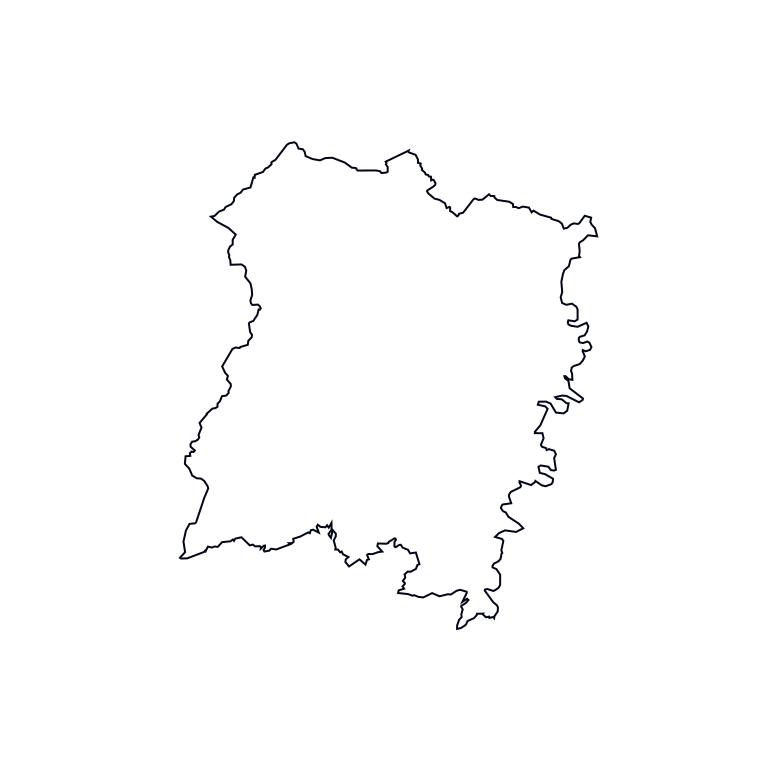 Ahuatlán, Puebla, Mexico, rotated 337°
{"feature_id": "50627088B15804587261784", "entity_name": "Ahuatlán", "entity_type": "district", "adm_level": 2, "iso_a3": "MEX", "parent_name": "Mexico", "parent_adm1": "Puebla", "projection": "albers", "projection_center": [-98.289, 18.572], "detail": "fine", "context": "isolated", "style": "outline", "palette": "ink", "viewbox_px": 768, "rotation_deg": 337, "n_neighbors": 0, "source": "geoboundaries", "source_scale": "gbopen_adm2", "svg_char_len": 6166}
<svg xmlns="http://www.w3.org/2000/svg" viewBox="0 0 768 768"><g transform="rotate(337 384 384)"><path d="M576.7,274.8L574.3,272.4L572.1,271.6L573.0,268.6L570.4,265.1L560.2,258.9L558.6,255.6L559.0,254.1L555.7,252.6L554.8,250.4L546.7,252.8L543.0,251.5L540.1,248.7L538.6,248.9L523.8,257.2L519.4,256.7L518.3,258.0L516.8,258.2L514.0,252.4L512.4,250.7L513.9,247.3L513.6,246.6L510.4,246.5L510.8,241.5L506.9,236.1L502.9,233.1L499.2,225.8L498.9,223.3L499.7,222.7L506.8,221.5L508.8,220.8L509.9,219.2L509.5,215.8L508.6,214.9L507.0,215.0L508.2,211.5L506.4,210.4L506.3,208.9L504.2,207.3L504.3,205.5L502.5,201.6L503.2,200.7L502.8,197.0L503.9,195.4L501.7,193.7L503.0,190.5L502.6,185.4L497.6,180.7L497.0,179.4L497.7,178.8L472.4,180.0L472.6,181.6L471.5,182.6L472.2,185.7L470.3,190.1L468.4,190.2L464.1,188.8L463.5,186.7L460.1,184.3L443.1,177.2L442.4,174.1L439.0,172.4L434.4,164.8L424.8,155.5L418.2,153.1L412.4,153.1L406.1,149.0L400.9,143.6L401.7,139.2L401.0,136.2L397.3,133.9L397.3,128.6L396.0,126.5L390.9,125.4L388.1,125.9L371.6,135.3L367.8,135.7L366.7,136.3L366.3,137.8L361.5,139.4L359.2,139.3L355.4,141.5L346.8,141.0L345.5,143.6L344.5,142.8L337.9,150.9L330.1,149.9L326.8,151.9L322.9,152.1L318.9,154.0L317.3,156.9L313.8,158.9L307.3,159.2L304.8,161.0L299.6,160.8L293.6,163.1L290.1,162.3L293.8,169.6L301.8,179.6L305.9,188.5L301.1,192.1L299.2,196.5L296.0,197.3L293.1,199.8L292.0,201.8L291.9,205.1L290.9,206.4L290.9,209.9L289.4,214.3L299.6,218.3L301.8,221.8L301.5,225.8L298.1,231.0L300.4,239.1L299.3,245.0L297.4,250.6L293.6,255.0L293.1,257.6L293.6,259.8L298.9,261.6L300.0,263.7L300.1,266.2L298.7,267.1L297.7,266.4L294.5,270.8L288.3,274.9L284.5,274.8L283.3,275.4L281.1,283.7L281.7,287.3L280.3,289.4L276.0,291.2L273.9,294.7L266.3,293.8L265.2,294.5L261.8,292.5L258.2,292.5L241.9,304.6L242.1,311.6L243.5,315.6L241.1,318.5L242.9,324.1L242.1,326.4L238.0,329.8L237.6,331.4L234.3,333.0L230.1,331.9L226.2,335.8L223.1,337.1L221.8,339.9L219.5,340.3L216.5,339.6L209.1,342.1L209.1,342.7L199.0,347.8L199.0,352.8L193.4,358.4L193.1,361.0L190.9,362.5L187.6,362.9L184.9,362.1L182.2,363.9L181.5,366.3L183.9,371.3L182.0,372.2L180.5,371.0L178.3,371.8L177.6,374.5L173.1,373.0L169.5,379.7L171.7,385.8L171.7,393.4L174.8,397.6L178.6,399.6L180.6,402.8L181.7,409.1L181.4,411.5L174.2,418.4L156.9,438.0L155.7,438.4L150.3,436.8L144.4,441.5L137.8,450.8L135.2,461.1L128.3,464.2L129.1,465.4L134.8,467.6L152.7,468.3L154.4,467.5L154.5,468.2L158.4,464.9L161.7,467.3L164.7,467.4L167.4,469.0L173.1,466.3L181.2,468.8L184.1,468.1L184.6,469.8L186.7,468.2L192.9,469.4L197.4,480.1L200.5,480.6L202.0,483.2L206.3,484.7L207.0,486.0L206.2,487.4L210.2,485.9L211.3,486.2L210.2,488.5L208.2,489.8L208.5,491.5L213.4,492.6L215.7,491.5L220.1,494.2L235.1,494.9L234.4,493.4L237.5,494.6L239.2,493.9L240.0,491.0L247.0,491.7L256.3,491.0L257.4,492.4L259.6,490.0L261.8,490.4L265.9,495.3L266.2,489.1L268.1,487.7L269.7,490.7L274.1,493.0L276.4,491.8L277.0,494.6L281.4,491.3L278.8,497.6L274.4,500.3L274.2,501.4L275.0,504.9L279.7,498.4L281.2,503.0L280.1,505.4L276.6,508.3L275.6,515.7L274.5,517.3L276.9,518.4L277.9,521.8L279.6,521.7L279.7,524.7L283.7,529.4L280.4,530.4L278.9,532.7L280.5,538.3L292.9,535.8L296.4,543.0L299.6,539.3L301.6,539.5L301.6,534.8L303.0,534.3L307.0,536.1L313.1,536.5L316.9,537.6L314.5,530.7L316.1,528.4L323.6,531.9L325.8,532.1L326.6,531.2L333.3,530.2L334.1,530.7L334.2,532.1L332.0,533.4L330.1,537.7L331.0,538.8L335.0,538.1L336.7,538.6L337.2,541.9L341.3,546.0L341.8,550.1L347.5,551.6L346.2,563.7L344.0,563.7L341.1,566.7L335.0,567.2L332.5,565.9L328.6,567.3L327.9,570.5L324.4,572.7L325.4,575.5L325.0,576.2L322.0,577.6L322.5,580.3L316.9,579.7L315.3,581.9L324.1,586.8L327.5,590.0L329.3,590.2L332.4,593.3L336.7,595.8L346.6,595.3L352.2,601.1L360.7,602.5L363.3,603.9L370.1,602.7L373.7,603.2L378.9,607.5L378.4,608.8L371.1,615.1L376.6,614.2L377.3,615.8L373.7,617.6L368.7,618.3L368.0,619.2L368.4,622.2L365.2,626.2L364.5,628.8L361.0,630.4L356.9,634.9L355.6,638.0L359.6,638.7L365.3,637.6L368.4,634.8L375.3,634.7L378.8,633.1L379.8,631.8L385.5,634.1L384.9,634.5L386.7,638.6L389.9,639.2L389.6,640.5L393.5,641.1L393.9,642.6L395.0,640.9L399.8,637.8L401.6,634.2L401.5,631.9L399.3,627.6L396.0,613.5L396.7,612.7L398.9,613.0L403.8,617.2L404.9,617.3L409.7,616.4L412.3,614.5L416.4,605.0L415.2,598.4L412.3,595.3L412.6,594.1L414.9,592.3L420.1,591.9L423.0,590.5L426.0,586.0L426.9,585.7L427.0,583.0L432.6,575.0L432.0,572.7L426.5,568.2L431.6,566.2L438.2,566.0L447.8,571.8L455.8,571.2L453.6,565.3L446.6,554.8L445.9,549.8L443.8,547.5L443.1,543.8L445.1,541.8L446.2,541.3L454.5,543.5L455.0,536.6L456.0,534.6L458.5,532.9L469.2,532.3L470.5,530.9L470.2,527.6L470.8,526.4L479.9,534.5L484.9,533.2L485.5,532.4L489.6,538.9L492.9,541.3L499.0,541.6L501.0,540.2L502.6,537.3L497.1,530.0L492.7,526.7L493.8,520.6L496.4,520.2L501.5,523.4L503.0,524.4L504.0,528.5L506.7,530.1L508.7,530.2L511.7,518.6L514.8,515.9L514.6,511.9L510.2,508.3L507.9,508.4L508.0,506.2L505.0,503.6L504.6,501.4L509.7,496.3L510.6,491.2L503.7,488.2L504.1,487.0L511.8,483.1L524.9,470.8L523.7,467.6L517.5,463.2L519.6,460.8L526.2,463.5L529.7,467.1L531.1,477.5L537.8,481.2L542.2,480.2L546.4,473.9L544.5,473.0L541.6,467.5L537.3,465.3L536.4,463.0L543.3,464.2L547.3,466.3L556.4,477.1L560.8,476.2L561.5,475.1L553.2,460.5L555.0,453.1L552.9,449.6L553.1,447.3L554.2,447.7L555.9,451.7L559.0,453.8L561.3,447.6L561.2,445.2L563.2,442.3L565.3,441.6L572.0,442.1L576.3,440.0L579.6,437.2L579.7,431.2L580.3,430.5L582.4,432.7L587.0,433.1L589.4,431.0L589.2,426.2L587.7,424.4L583.2,424.1L580.4,422.1L580.2,420.2L581.4,417.7L582.7,417.1L587.7,417.6L591.4,415.0L594.5,411.1L594.4,406.8L584.6,407.0L579.1,403.6L577.0,401.2L577.3,398.9L578.6,397.4L584.0,400.8L587.4,400.3L591.3,391.1L591.3,388.1L588.4,383.5L582.7,382.3L579.6,379.0L580.5,373.2L584.0,369.0L587.2,359.2L591.7,352.7L594.5,349.7L600.2,347.8L604.2,342.5L605.7,341.9L613.9,343.8L613.5,342.5L616.0,338.2L618.2,331.2L619.3,330.1L623.7,329.4L629.9,326.8L637.9,331.4L639.1,323.0L637.4,318.4L637.2,315.5L639.7,311.8L634.5,307.6L626.4,312.4L625.0,312.4L621.4,310.3L618.1,310.3L613.7,311.9L610.2,311.2L610.4,306.0L608.5,302.4L602.7,297.5L602.8,296.2L593.8,289.0L589.4,282.9L587.0,283.7L586.3,278.2L581.0,274.9L576.7,274.8Z" fill="none" stroke="#020617" stroke-width="2"/></g></svg>